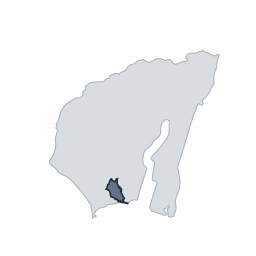 Fatick, Fatick, Senegal (highlighted), rotated 287°
{"feature_id": "50182788B55839740763416", "entity_name": "Fatick", "entity_type": "district", "adm_level": 2, "iso_a3": "SEN", "parent_name": "Senegal", "parent_adm1": "Fatick", "projection": "orthographic", "projection_center": [-16.497, 14.221], "detail": "fine", "context": "in_parent", "style": "filled", "palette": "slate", "viewbox_px": 256, "rotation_deg": 287, "n_neighbors": 0, "source": "geoboundaries", "source_scale": "gbopen_adm2", "svg_char_len": 6460}
<svg xmlns="http://www.w3.org/2000/svg" viewBox="0 0 256 256"><g transform="rotate(287 128 128)"><path d="M195.0,117.4L198.0,122.5L197.4,125.0L196.8,128.6L198.5,131.2L200.5,132.9L201.9,134.5L203.5,136.6L203.8,141.0L203.6,144.1L204.6,145.5L205.5,147.3L205.4,148.7L204.9,150.1L203.0,151.9L202.8,155.1L205.9,159.0L207.9,161.1L207.9,162.3L208.4,163.6L209.9,165.2L210.8,164.8L211.7,163.5L212.1,162.6L214.8,162.9L216.0,163.3L217.7,165.8L218.4,167.5L218.8,169.7L220.6,172.3L222.2,174.2L222.5,175.4L223.9,176.9L223.1,180.5L223.3,182.3L222.4,187.1L222.3,189.3L222.3,190.2L224.5,191.8L224.3,194.2L222.2,193.8L218.5,193.6L211.2,195.0L208.6,194.6L203.8,194.8L200.4,195.6L196.1,197.2L192.7,196.9L190.8,195.7L188.4,195.8L185.7,195.2L182.8,194.1L180.1,193.5L177.2,191.4L175.9,191.0L175.0,191.6L174.2,192.3L173.4,192.8L171.8,192.4L171.2,190.9L171.7,189.5L171.8,188.4L171.1,187.8L169.3,187.6L166.5,187.7L162.0,187.3L160.9,187.0L150.8,186.8L140.3,186.9L131.3,186.9L120.1,187.0L112.1,187.0L104.7,187.0L99.0,190.0L92.9,193.2L84.6,194.9L75.0,194.3L71.9,194.7L68.7,196.1L66.4,197.2L63.1,197.8L58.9,197.3L57.1,197.6L56.1,196.1L54.8,193.8L55.6,192.1L58.2,191.0L62.1,189.5L64.2,190.3L65.4,190.3L65.6,189.4L65.2,188.9L62.3,187.6L60.7,186.0L59.5,186.9L58.4,189.0L57.5,189.6L56.1,190.1L55.4,188.8L55.0,187.4L55.7,186.4L55.3,180.6L55.7,177.5L55.5,174.7L57.4,173.0L59.1,171.8L66.0,171.7L72.3,171.6L78.4,171.7L84.7,171.7L85.3,166.3L87.2,165.9L90.2,165.3L95.7,164.6L101.8,164.0L103.1,162.9L104.1,161.1L104.7,159.5L106.0,158.8L107.7,159.3L110.0,160.1L112.3,161.4L115.0,162.6L116.8,163.4L121.0,165.3L128.4,167.9L134.4,168.9L141.6,166.9L146.9,165.5L147.5,163.2L146.6,160.9L142.7,158.9L137.4,159.2L135.8,159.8L133.3,160.5L131.9,160.8L129.3,160.3L126.2,158.5L124.1,156.7L121.3,155.9L118.0,155.1L112.7,151.4L109.9,150.7L107.3,150.5L102.3,151.3L97.4,153.3L94.8,157.9L89.9,157.8L79.4,157.7L69.8,157.6L61.8,157.9L61.0,154.6L59.2,152.0L56.1,149.7L55.4,147.7L56.5,145.9L59.4,144.4L60.1,143.3L58.6,143.5L56.2,144.4L54.7,144.5L54.5,141.6L51.9,137.9L49.0,131.6L45.7,129.0L43.0,124.0L40.1,122.0L37.5,121.1L35.2,121.3L34.4,123.6L31.5,120.2L35.4,119.1L43.7,114.9L53.1,102.9L61.6,88.8L62.7,85.4L63.7,82.9L64.4,77.1L65.6,73.6L66.7,73.0L68.2,70.3L69.9,65.7L71.8,63.1L74.0,62.6L75.7,62.8L76.9,63.8L80.5,64.4L86.4,64.6L90.9,63.9L94.1,62.3L98.3,61.4L103.6,61.4L106.3,60.7L106.6,59.4L107.3,58.9L108.4,59.5L109.4,59.3L110.3,58.3L111.3,58.2L112.3,59.0L116.6,59.3L124.4,58.9L131.7,61.2L138.3,66.4L141.8,69.8L142.0,71.5L143.1,73.3L145.1,75.0L147.0,75.3L148.6,74.2L149.9,74.3L150.8,75.6L152.7,75.9L154.8,75.0L156.3,75.3L156.6,76.1L157.0,76.5L158.0,76.7L159.4,77.7L161.3,80.4L162.9,84.3L164.2,89.2L165.9,91.8L167.9,92.2L169.0,93.2L169.3,94.4L169.9,95.2L170.8,95.6L172.5,95.3L174.5,97.0L176.7,100.6L177.0,102.2L176.7,103.1L176.8,103.7L178.3,104.3L179.6,105.5L180.7,107.2L183.1,108.8L186.7,110.1L189.3,112.1L191.0,114.9L194.3,117.1L195.0,117.4Z" fill="#d9dde1" stroke="#a8b0b8" stroke-width="1"/><path d="M63.0,125.0L63.1,125.4L63.2,125.8L63.2,126.1L63.0,126.4L62.9,126.6L62.9,126.8L62.8,127.1L62.8,127.5L62.7,127.8L62.5,128.3L62.4,128.4L62.3,128.6L62.2,128.8L61.7,129.1L61.4,129.4L61.2,129.6L60.8,129.9L60.5,130.0L60.4,130.0L60.1,130.2L59.9,130.4L59.8,130.5L59.7,130.6L59.6,130.8L58.4,130.9L58.1,131.0L57.9,131.2L57.8,131.4L57.4,131.7L57.4,131.8L57.3,132.1L57.3,132.4L57.2,133.2L57.2,133.4L57.2,133.6L57.2,133.8L57.3,134.2L57.3,134.5L57.2,134.9L57.1,135.2L56.7,135.7L56.6,135.8L56.4,136.1L56.1,136.5L56.0,136.8L56.0,137.0L56.1,137.3L56.2,137.5L56.4,137.7L56.6,137.8L56.8,137.8L56.8,138.1L56.6,138.5L56.4,138.7L56.2,138.7L56.1,138.9L56.0,139.0L55.8,139.1L55.5,139.3L55.6,139.5L55.8,139.8L55.9,140.0L55.7,140.1L55.4,140.1L55.2,140.1L54.9,140.1L54.7,140.4L54.6,140.6L54.8,140.8L55.0,140.9L55.1,141.0L55.4,141.2L55.4,141.3L55.5,141.5L55.8,141.8L55.9,142.0L55.9,142.4L55.8,142.5L55.6,142.4L55.3,142.8L55.1,142.9L55.2,143.2L55.2,143.4L55.3,144.3L55.3,144.6L55.3,144.8L55.4,145.1L55.4,145.3L55.4,145.6L55.4,146.0L55.4,146.3L55.4,146.5L55.4,147.1L55.4,147.4L55.5,147.5L55.5,147.9L55.5,148.2L55.5,148.4L55.5,148.6L55.5,148.8L55.5,149.2L55.5,149.3L55.6,149.5L55.6,149.8L55.9,149.9L55.9,149.3L55.9,149.0L55.9,148.6L55.9,148.3L55.9,148.0L55.9,147.7L55.9,147.4L55.8,146.9L55.9,146.4L55.9,146.2L55.9,145.9L56.0,145.8L56.1,145.5L56.3,145.3L56.5,145.2L56.8,144.9L57.1,144.6L57.2,144.4L57.3,144.3L57.7,144.2L57.7,144.3L58.0,144.3L58.3,144.5L58.5,144.7L58.8,144.8L59.0,144.8L59.2,145.0L59.3,145.0L59.5,145.1L59.8,145.0L60.0,144.8L60.3,144.6L60.5,144.1L60.6,143.9L60.8,143.6L61.0,143.4L61.2,143.2L61.3,143.0L61.4,142.9L61.6,142.8L61.8,142.7L62.0,142.6L62.3,142.5L62.5,142.4L62.7,142.2L62.8,142.1L63.0,141.9L63.1,141.7L63.3,141.5L63.4,141.4L63.5,141.3L63.6,141.1L63.7,140.9L63.9,140.6L64.0,140.4L64.4,140.2L64.5,140.2L64.8,140.2L65.0,140.1L65.3,140.2L65.4,139.6L65.5,139.4L65.6,139.2L65.8,139.1L66.0,139.1L66.2,139.4L66.3,139.5L66.5,139.7L66.8,139.8L67.1,139.9L67.3,139.9L67.5,139.6L67.4,139.5L67.3,139.4L67.5,139.3L67.6,139.2L67.8,139.1L67.9,138.9L68.0,139.0L68.1,138.9L67.9,138.8L67.9,138.7L68.0,138.6L68.1,138.4L68.0,138.1L67.9,138.1L67.9,137.9L67.9,137.6L67.9,137.3L68.0,137.3L68.1,137.5L68.3,137.4L68.5,137.4L68.4,137.3L68.5,137.2L68.4,137.1L68.2,136.9L68.3,136.8L68.3,136.6L68.4,136.3L68.5,136.3L68.7,136.2L69.1,136.0L69.3,135.9L69.4,136.0L69.4,135.9L69.6,135.7L69.8,135.7L70.1,135.4L70.3,135.2L70.5,134.9L70.7,134.7L70.9,134.5L71.0,134.5L71.1,134.4L71.2,134.2L71.3,134.0L71.4,133.9L71.6,133.8L71.8,133.7L72.1,133.7L72.6,133.6L72.8,133.6L73.0,133.5L73.3,133.4L73.6,133.3L73.8,133.2L74.3,133.1L74.7,132.9L74.8,132.9L75.1,132.8L75.4,132.7L75.5,132.7L75.9,132.7L76.2,132.8L76.6,132.8L76.6,132.6L76.5,132.4L76.4,132.2L76.2,132.1L75.8,131.9L75.5,131.7L75.3,131.6L75.0,131.6L74.8,131.6L74.7,131.6L74.4,131.6L74.2,131.6L73.7,131.4L73.3,131.3L73.2,131.3L73.0,131.2L72.9,131.2L72.7,131.2L72.4,131.0L72.4,130.9L72.5,130.8L72.5,130.7L72.8,130.5L72.9,130.3L73.0,130.2L73.0,129.9L73.0,129.6L73.0,129.3L73.0,129.2L73.1,128.7L73.2,128.4L73.3,128.4L73.5,128.2L73.7,127.9L73.9,127.8L73.9,127.7L74.0,127.7L74.3,127.4L74.5,127.3L74.6,127.2L74.6,126.9L74.4,126.8L74.2,126.7L73.5,126.5L73.3,126.4L73.2,126.2L72.8,126.2L72.2,126.1L71.9,126.0L71.2,126.0L70.9,126.0L70.6,126.0L69.7,126.1L69.3,126.2L69.0,126.2L68.8,126.2L68.5,125.7L68.1,125.2L67.4,125.2L66.6,125.3L66.3,125.3L66.1,125.3L65.7,125.4L65.3,125.4L65.0,125.4L64.7,125.4L64.4,125.5L64.2,125.5L63.9,125.3L63.7,125.2L63.3,125.1L63.0,125.0Z" fill="#64748b" stroke="#1e293b" stroke-width="1.5"/></g></svg>